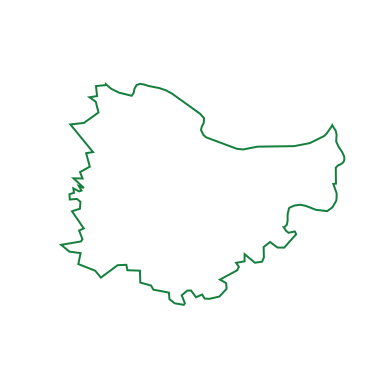 an SVG outline of East Flanders, rotated 21°
{"feature_id": "BEL-3478", "entity_name": "East Flanders", "entity_type": "Province", "adm_level": 1, "iso_a3": "BEL", "parent_name": "Belgium", "parent_adm1": "", "projection": "equal_earth", "projection_center": [3.869, 51.045], "detail": "fine", "context": "isolated", "style": "outline", "palette": "green", "viewbox_px": 384, "rotation_deg": 21, "n_neighbors": 0, "source": "natural_earth", "source_scale": "10m", "svg_char_len": 1780}
<svg xmlns="http://www.w3.org/2000/svg" viewBox="0 0 384 384"><g transform="rotate(21 192 192)"><path d="M73.1,122.3L79.5,124.6L88.2,125.4L101.2,123.8L102.0,120.5L101.3,116.1L101.9,112.1L104.9,109.6L108.9,108.8L113.3,108.6L124.2,106.7L131.0,106.4L138.0,107.3L171.6,116.1L176.8,118.8L178.2,123.4L177.7,127.3L178.2,130.9L182.3,134.7L185.7,135.9L218.2,135.6L224.4,134.0L236.9,126.2L270.9,112.6L284.5,104.1L295.3,92.4L296.8,89.0L298.8,80.9L299.0,79.4L299.1,79.5L304.3,83.4L306.5,86.8L308.5,93.2L313.0,97.5L318.0,101.0L321.4,104.4L322.4,106.6L322.8,108.7L322.1,111.2L320.2,113.6L319.2,114.2L317.5,117.7L323.4,132.6L321.0,133.8L327.6,141.5L329.1,145.8L329.8,148.3L328.6,155.9L325.1,161.4L314.2,164.2L303.1,164.2L297.6,165.1L292.7,167.8L289.2,171.1L288.3,172.6L288.7,174.1L289.0,177.2L289.9,180.4L291.5,184.4L292.3,188.4L290.9,191.9L290.3,192.1L293.7,194.5L296.7,195.5L302.1,192.0L304.4,194.1L298.0,210.9L291.7,213.2L282.8,210.7L278.6,217.7L282.6,227.4L282.4,231.9L276.1,235.5L263.4,231.2L265.9,237.9L258.6,242.3L262.6,245.1L262.3,248.8L249.5,263.8L256.5,264.8L259.0,270.0L255.0,279.8L246.7,285.4L242.0,287.0L238.2,284.1L233.5,288.8L226.3,284.3L222.9,285.8L219.4,292.1L225.2,298.4L224.8,300.3L215.8,302.1L209.4,300.2L206.5,294.2L190.9,297.0L187.3,294.0L176.2,295.1L171.6,284.1L159.7,288.2L156.8,283.5L148.8,287.0L137.6,304.6L129.9,300.2L111.7,300.0L109.9,289.0L98.9,291.6L88.8,288.2L106.0,278.0L106.7,275.4L100.4,268.4L104.0,264.8L86.9,253.0L93.4,247.7L91.3,241.1L87.0,239.7L80.6,242.8L78.4,238.0L82.1,235.1L79.9,231.1L86.4,231.9L88.3,230.3L84.2,227.0L89.7,227.0L76.5,221.7L85.0,218.6L80.3,213.5L87.5,205.0L79.3,193.7L85.3,190.2L54.2,172.5L66.3,166.3L76.2,151.3L69.8,142.2L62.3,140.3L69.0,136.5L64.4,127.5L73.4,123.0L73.1,122.3Z" fill="none" stroke="#15803d" stroke-width="2"/></g></svg>